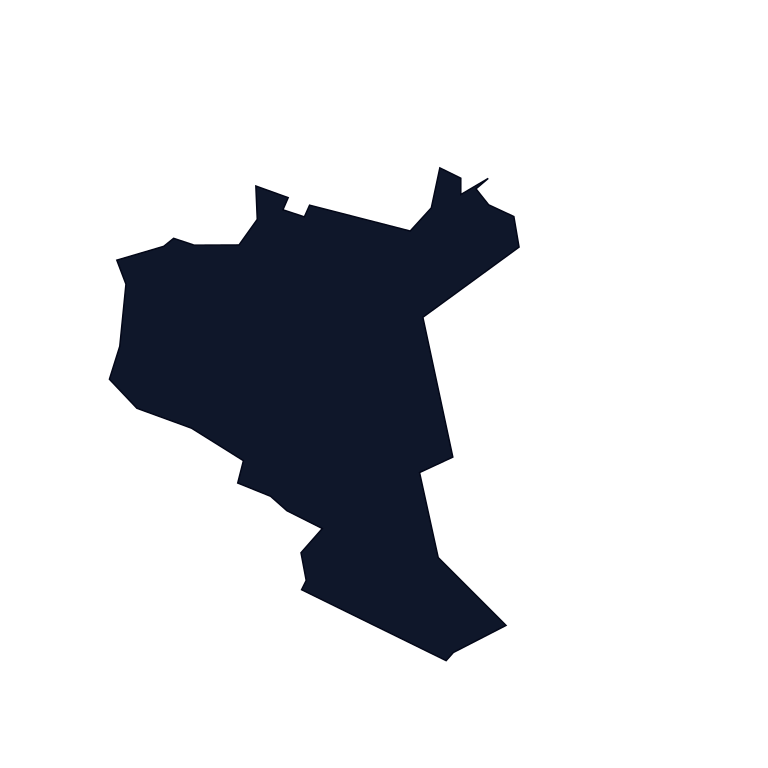 outline of Johnson, Georgia, United States of America, rotated 231°
{"feature_id": "52423323B6841559990412", "entity_name": "Johnson", "entity_type": "district", "adm_level": 2, "iso_a3": "USA", "parent_name": "United States of America", "parent_adm1": "Georgia", "projection": "equal_earth", "projection_center": [-82.627, 32.666], "detail": "fine", "context": "isolated", "style": "filled", "palette": "ink", "viewbox_px": 768, "rotation_deg": 231, "n_neighbors": 0, "source": "geoboundaries", "source_scale": "gbopen_adm2", "svg_char_len": 687}
<svg xmlns="http://www.w3.org/2000/svg" viewBox="0 0 768 768"><g transform="rotate(231 384 384)"><path d="M560.5,173.6L520.6,176.7L470.8,206.6L412.9,226.5L399.1,208.0L368.1,225.2L346.6,228.8L310.5,245.1L305.1,213.3L280.3,199.9L276.0,190.5L129.9,258.2L131.7,268.9L119.6,326.9L215.0,316.9L292.8,355.9L283.9,391.5L411.4,456.2L405.4,575.1L432.4,590.3L457.4,578.1L477.8,578.3L478.2,594.4L482.9,562.9L495.6,573.2L516.8,563.4L491.1,531.6L486.4,500.6L547.6,455.2L569.8,438.7L564.0,427.3L583.0,415.1L589.1,426.8L618.5,409.0L591.7,389.1L583.3,358.8L611.4,323.8L629.6,312.2L629.6,299.5L648.4,254.3L624.0,246.3L579.6,202.4L560.5,173.6Z" fill="#0f172a" stroke="#020617" stroke-width="1.5"/></g></svg>